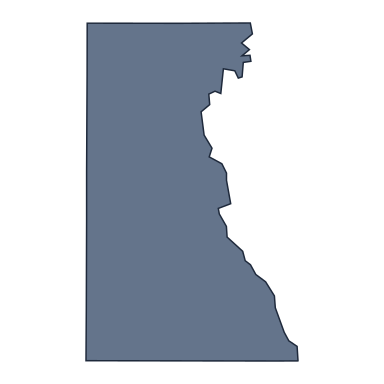 Juneau, Wisconsin, United States of America (Albers equal-area conic projection)
{"feature_id": "52423323B86052819188515", "entity_name": "Juneau", "entity_type": "district", "adm_level": 2, "iso_a3": "USA", "parent_name": "United States of America", "parent_adm1": "Wisconsin", "projection": "albers", "projection_center": [-89.981, 43.945], "detail": "fine", "context": "isolated", "style": "filled", "palette": "slate", "viewbox_px": 384, "rotation_deg": 0, "n_neighbors": 0, "source": "geoboundaries", "source_scale": "gbopen_adm2", "svg_char_len": 718}
<svg xmlns="http://www.w3.org/2000/svg" viewBox="0 0 384 384"><path d="M87.2,23.2L87.1,75.1L86.6,171.7L86.6,219.9L86.3,310.5L86.0,360.7L276.7,361.0L292.1,360.9L296.0,360.9L297.6,360.9L298.0,360.8L297.1,346.4L288.8,340.8L284.2,332.3L275.3,307.8L274.4,295.9L265.6,281.8L255.8,274.5L250.5,264.8L245.2,260.7L242.7,251.3L227.1,237.1L226.4,226.4L219.3,214.0L218.3,208.4L230.7,203.7L226.5,180.3L226.5,173.1L221.9,163.8L209.2,156.9L212.0,148.2L204.1,135.1L201.1,111.8L209.7,104.6L208.8,94.1L215.0,91.2L220.8,93.5L223.4,68.8L234.8,70.8L238.3,78.1L242.1,76.9L243.3,62.4L250.9,61.3L250.0,55.3L242.0,55.8L249.4,49.6L241.5,43.0L252.4,33.9L250.3,23.0L179.5,23.3L87.2,23.2Z" fill="#64748b" stroke="#1e293b" stroke-width="1.5"/></svg>